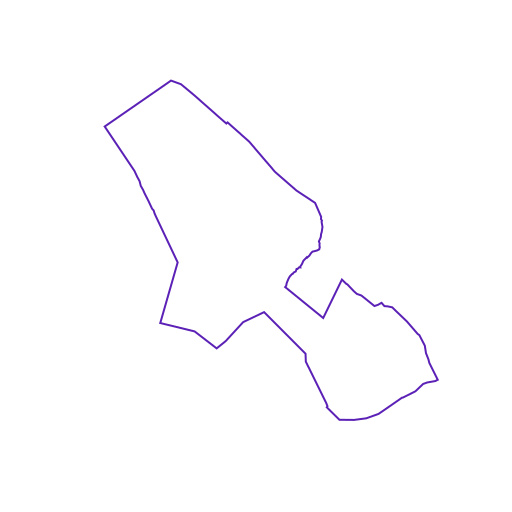 San Juan Sayultepec, Oaxaca, Mexico (Robinson projection), rotated 245°
{"feature_id": "50627088B209371934126", "entity_name": "San Juan Sayultepec", "entity_type": "district", "adm_level": 2, "iso_a3": "MEX", "parent_name": "Mexico", "parent_adm1": "Oaxaca", "projection": "robinson", "projection_center": [-97.293, 17.449], "detail": "fine", "context": "isolated", "style": "outline", "palette": "violet", "viewbox_px": 512, "rotation_deg": 245, "n_neighbors": 0, "source": "geoboundaries", "source_scale": "gbopen_adm2", "svg_char_len": 2054}
<svg xmlns="http://www.w3.org/2000/svg" viewBox="0 0 512 512"><g transform="rotate(245 256 256)"><path d="M279.2,332.0L283.7,329.2L283.9,329.1L284.0,329.1L290.9,324.8L298.3,320.3L299.9,319.6L308.2,315.9L323.7,309.0L324.3,308.8L324.8,308.6L327.3,307.9L327.8,307.8L331.2,306.9L332.8,306.4L334.7,305.9L336.1,305.5L337.0,305.2L337.4,305.1L338.8,304.7L340.1,304.4L340.6,304.2L344.7,303.1L349.3,301.8L350.4,301.5L353.2,300.7L355.7,300.1L358.0,299.4L358.8,299.2L362.4,298.2L369.1,295.3L371.6,294.2L374.1,293.2L376.5,292.1L381.4,290.0L383.9,288.9L389.1,286.7L388.6,285.1L400.1,280.0L401.8,279.3L406.2,277.4L408.9,276.2L417.6,272.4L426.8,268.4L429.4,267.2L443.4,260.6L444.4,259.6L448.1,255.9L450.9,253.1L450.2,249.2L437.3,173.6L384.5,181.8L379.0,181.8L378.0,181.8L372.9,182.1L368.3,181.2L363.6,181.6L360.1,181.5L354.1,181.7L350.3,181.8L342.8,181.8L340.5,182.5L337.8,182.1L334.9,182.0L283.3,182.3L235.7,140.9L213.6,168.5L188.9,181.3L191.7,192.6L201.5,216.4L201.7,239.6L200.4,240.1L146.5,259.6L139.2,256.5L133.0,256.6L132.7,256.7L130.7,256.7L93.0,257.5L89.7,257.3L89.0,256.2L72.3,262.4L66.0,275.6L62.3,287.3L61.1,300.4L61.2,300.9L61.9,305.2L63.3,313.5L65.9,328.5L65.6,329.1L66.0,343.3L69.4,353.4L69.0,357.8L66.9,365.6L67.0,368.4L85.9,367.9L89.5,368.6L96.1,369.0L103.4,371.1L115.3,370.6L117.0,369.6L132.9,365.1L147.8,359.3L151.9,357.8L154.8,353.9L156.3,351.2L160.5,350.0L160.5,349.9L160.2,345.9L160.6,342.2L175.3,335.0L176.0,334.5L179.0,331.4L182.7,329.8L191.7,326.8L192.5,326.1L198.3,323.9L171.4,290.7L171.6,290.6L215.5,269.3L216.3,270.8L218.5,272.4L218.9,272.8L221.7,275.9L223.2,278.0L224.4,281.0L224.3,281.8L225.1,283.1L225.2,285.5L227.1,287.3L226.7,288.1L227.5,290.3L226.9,291.4L227.7,291.6L229.1,294.0L231.7,297.0L233.4,301.5L232.9,301.6L233.8,304.6L234.8,306.1L235.6,307.7L236.1,309.1L235.8,310.3L235.2,313.6L235.3,316.1L235.9,316.5L236.8,317.4L238.8,318.0L240.6,319.0L242.7,319.2L244.3,321.2L245.9,322.8L248.3,324.2L250.1,325.8L254.2,328.5L259.3,329.9L260.1,330.7L262.0,330.5L264.0,331.6L279.2,332.0Z" fill="none" stroke="#5b21b6" stroke-width="2"/></g></svg>